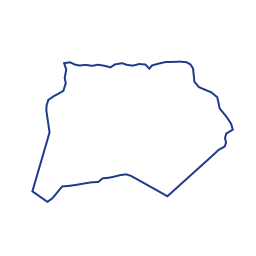 Amparo, Paraíba, Brazil (Equal Earth projection), rotated 82°
{"feature_id": "56859067B25087670535038", "entity_name": "Amparo", "entity_type": "district", "adm_level": 2, "iso_a3": "BRA", "parent_name": "Brazil", "parent_adm1": "Paraíba", "projection": "equal_earth", "projection_center": [-37.05, -7.562], "detail": "fine", "context": "isolated", "style": "outline", "palette": "blue", "viewbox_px": 256, "rotation_deg": 82, "n_neighbors": 0, "source": "geoboundaries", "source_scale": "gbopen_adm2", "svg_char_len": 956}
<svg xmlns="http://www.w3.org/2000/svg" viewBox="0 0 256 256"><g transform="rotate(82 128 128)"><path d="M84.4,192.2L86.1,197.0L89.1,203.0L94.0,205.4L99.1,206.4L105.9,206.4L121.4,206.3L127.3,208.9L177.4,231.5L189.9,218.1L187.3,213.0L184.2,209.4L180.4,205.4L176.7,201.3L177.1,194.9L177.1,187.1L176.8,178.2L176.7,172.0L177.3,164.9L174.3,160.1L174.6,154.2L174.3,149.2L173.6,142.5L173.6,136.5L175.7,131.9L196.5,104.4L201.1,98.5L166.3,47.0L162.3,41.4L159.7,34.7L156.0,32.9L151.6,33.4L147.2,31.5L144.2,24.5L138.2,25.3L131.2,28.6L121.4,34.5L110.0,35.3L104.4,40.4L97.4,52.1L91.5,55.8L78.1,55.3L73.8,57.3L71.0,60.9L69.6,66.8L68.8,74.4L67.9,81.6L68.5,88.7L69.4,95.5L72.2,98.6L67.6,101.9L66.2,107.9L66.9,114.8L65.2,120.6L63.0,124.8L63.2,132.1L65.5,136.8L62.7,143.8L61.1,149.4L61.5,154.7L59.6,161.1L59.4,167.2L57.7,172.0L54.9,176.1L54.9,182.2L61.5,181.0L66.1,182.5L69.6,183.7L75.0,183.4L82.2,186.8L84.4,192.2Z" fill="none" stroke="#1e3a8a" stroke-width="2"/></g></svg>